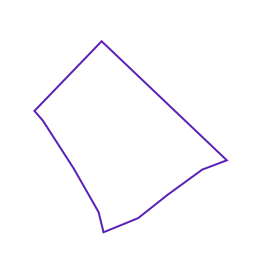 31, Ad Dawhah, Qatar (Natural Earth projection), rotated 71°
{"feature_id": "91078587B64948083253590", "entity_name": "31", "entity_type": "district", "adm_level": 2, "iso_a3": "QAT", "parent_name": "Qatar", "parent_adm1": "Ad Dawhah", "projection": "natural_earth1", "projection_center": [51.473, 25.343], "detail": "fine", "context": "isolated", "style": "outline", "palette": "violet", "viewbox_px": 256, "rotation_deg": 71, "n_neighbors": 0, "source": "geoboundaries", "source_scale": "gbopen_adm2", "svg_char_len": 315}
<svg xmlns="http://www.w3.org/2000/svg" viewBox="0 0 256 256"><g transform="rotate(71 128 128)"><path d="M37.4,124.7L81.4,210.9L93.3,206.1L148.7,192.5L197.9,183.2L217.7,185.0L218.0,185.1L218.6,185.1L216.5,147.7L204.0,112.1L191.5,71.4L190.7,45.1L37.4,124.7Z" fill="none" stroke="#5b21b6" stroke-width="2"/></g></svg>